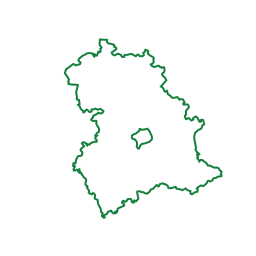 the border of Minsk, rotated 149°
{"feature_id": "BLR-2345", "entity_name": "Minsk", "entity_type": "Region", "adm_level": 1, "iso_a3": "BLR", "parent_name": "Belarus", "parent_adm1": "", "projection": "albers", "projection_center": [27.803, 53.681], "detail": "fine", "context": "isolated", "style": "outline", "palette": "green", "viewbox_px": 256, "rotation_deg": 149, "n_neighbors": 0, "source": "natural_earth", "source_scale": "10m", "svg_char_len": 5794}
<svg xmlns="http://www.w3.org/2000/svg" viewBox="0 0 256 256"><g transform="rotate(149 128 128)"><path d="M101.4,37.7L104.5,38.6L106.7,38.1L107.3,38.3L108.2,39.5L107.0,41.8L108.1,42.9L109.2,44.4L109.7,46.5L113.4,46.7L114.5,48.2L117.7,51.0L117.7,51.5L117.4,52.9L117.5,53.1L121.6,54.0L123.7,55.3L124.3,56.1L123.7,58.1L123.8,58.4L124.6,59.4L124.9,60.5L126.2,61.7L126.8,62.7L129.1,63.4L130.2,63.3L131.1,62.3L131.7,62.2L132.4,62.5L132.6,64.0L132.9,64.4L137.8,63.0L140.2,63.5L142.4,62.2L145.5,61.9L146.6,62.8L147.9,65.0L149.7,66.3L150.3,67.6L152.1,68.6L152.8,68.7L153.3,68.3L155.5,62.1L158.8,61.0L159.3,61.1L160.0,62.7L160.7,62.4L161.6,61.2L162.2,61.5L162.8,62.7L162.1,64.3L162.1,64.9L162.3,65.8L162.8,66.3L165.4,67.2L166.6,66.2L168.6,66.4L169.1,66.6L169.3,67.8L169.8,68.1L171.0,67.7L171.6,66.7L171.5,66.3L170.7,65.0L171.0,63.7L171.3,63.4L177.7,64.2L178.8,63.8L179.8,62.2L181.4,61.4L181.7,61.4L181.2,62.1L181.2,62.6L181.5,62.7L182.0,62.8L183.9,62.0L184.4,62.2L185.0,63.8L185.0,65.7L185.3,66.0L186.6,66.0L188.1,66.5L190.4,65.1L193.2,65.7L193.9,65.1L194.0,63.4L194.8,63.5L195.3,64.1L195.6,66.0L193.5,68.4L194.2,69.6L194.3,70.2L193.1,72.3L192.7,78.0L192.4,79.3L191.0,81.9L192.7,84.1L192.7,84.7L192.4,85.4L190.9,87.0L190.7,89.0L191.3,90.1L191.8,90.2L193.1,89.8L193.3,90.6L194.5,91.1L194.7,92.3L195.0,92.8L193.7,94.1L193.8,98.2L192.9,98.8L192.7,99.3L193.5,100.5L193.6,101.5L192.0,103.6L190.8,104.6L190.4,105.7L190.4,106.4L191.1,107.8L191.3,108.8L191.3,111.5L191.6,112.1L191.2,113.1L191.2,113.5L192.4,114.3L191.3,116.0L191.7,116.3L192.9,115.7L193.1,116.0L192.9,116.8L191.5,117.8L192.9,118.1L193.5,118.7L194.9,118.6L195.5,119.2L196.4,119.5L196.2,120.1L195.3,121.3L193.4,122.2L193.2,122.6L193.4,123.1L194.5,123.6L194.5,124.1L193.5,124.7L193.1,125.8L192.8,125.9L192.3,125.8L191.6,125.0L190.9,125.0L188.8,127.6L185.7,129.4L184.4,129.4L183.6,128.7L182.1,128.3L181.3,128.7L179.7,130.5L179.6,131.3L180.2,132.9L179.6,134.0L179.1,134.3L175.1,134.9L175.2,137.1L175.5,138.5L175.2,138.8L173.5,138.8L173.0,138.4L171.7,136.1L172.2,134.6L171.9,134.0L170.8,134.8L169.8,133.7L169.0,133.7L168.0,134.3L164.4,133.6L162.2,132.5L161.7,132.5L161.1,133.4L161.5,135.4L161.3,136.2L160.7,136.7L158.9,137.3L160.0,137.8L160.1,138.2L158.3,139.0L157.5,139.7L155.2,139.6L153.9,141.0L153.1,142.6L153.2,145.2L153.0,147.7L152.8,148.4L151.7,149.6L151.5,150.3L152.0,150.9L154.4,152.0L155.3,153.7L155.1,154.4L152.4,155.1L151.8,156.2L151.4,156.3L146.7,156.0L145.7,156.5L144.2,154.7L142.9,154.1L141.7,154.3L140.4,155.1L141.6,158.4L144.5,159.4L146.1,161.5L147.9,161.7L149.8,162.6L150.7,161.0L152.3,161.1L153.0,162.2L153.4,164.1L154.0,165.1L155.6,164.9L156.9,164.1L157.9,164.1L158.2,164.4L157.6,165.5L158.7,168.5L158.2,171.5L158.9,173.5L157.1,173.5L156.3,175.7L155.5,177.1L155.7,177.5L157.0,178.5L156.9,179.5L155.4,181.4L154.7,184.0L153.7,185.7L148.9,190.6L149.8,191.6L153.9,194.2L156.3,196.4L155.5,197.3L155.7,197.9L155.6,198.2L153.7,199.7L153.5,203.2L153.9,206.6L153.8,207.5L151.1,210.1L142.0,211.0L141.7,210.9L140.4,208.5L136.4,207.5L135.7,207.8L135.0,208.5L135.0,208.9L135.5,210.1L135.6,211.6L134.4,212.6L129.3,213.3L127.9,213.0L124.6,213.1L122.0,211.8L120.5,210.6L120.2,209.9L120.3,207.0L120.2,206.6L119.3,206.8L118.7,208.3L117.5,206.2L117.3,206.1L114.0,208.7L113.4,207.6L112.3,207.6L111.7,208.1L111.0,210.1L109.3,210.4L109.2,210.6L109.2,211.8L109.6,213.4L109.2,214.5L106.5,218.3L100.6,214.4L101.7,212.5L101.7,211.9L101.4,210.9L97.8,207.4L97.0,206.1L97.8,205.3L98.0,204.7L96.9,203.3L97.2,201.9L97.5,201.6L103.1,201.1L103.3,200.1L103.3,199.1L102.4,197.4L101.9,197.1L99.7,197.1L98.0,196.6L96.3,194.1L96.3,193.5L96.6,192.8L96.5,192.1L95.0,191.0L94.6,191.0L93.8,192.1L93.3,192.3L91.4,191.3L86.8,189.7L84.5,185.6L84.0,185.5L82.7,186.0L81.5,185.7L81.2,185.3L81.1,184.1L80.8,183.4L78.5,182.1L76.8,182.4L76.1,184.6L74.3,184.7L72.8,186.1L72.4,185.8L71.1,183.7L71.2,183.2L72.4,182.2L72.6,181.7L72.0,179.3L70.3,176.3L69.9,175.5L69.8,174.7L70.9,173.8L71.6,172.0L72.3,171.0L73.4,170.6L75.6,170.8L75.8,170.7L75.8,169.8L75.1,168.1L73.7,166.5L70.4,166.0L69.7,165.7L69.4,165.2L69.2,164.0L68.4,163.3L68.2,162.2L66.6,162.1L65.9,161.6L65.8,161.1L67.0,158.6L67.9,157.6L68.6,157.1L70.5,157.1L71.2,156.5L71.3,154.4L70.3,152.3L70.5,149.2L78.4,146.6L77.7,145.4L77.4,144.0L77.7,140.9L77.6,140.1L77.2,139.8L75.5,139.8L75.6,138.6L76.2,137.4L76.4,136.4L75.1,133.8L74.8,131.8L74.4,131.0L72.7,130.1L69.9,129.1L69.5,128.3L69.4,125.9L67.7,125.5L66.4,124.4L66.1,123.8L66.3,121.1L66.5,120.8L67.8,120.7L68.4,119.5L65.4,117.9L64.7,117.3L64.6,116.9L64.8,115.1L65.1,114.4L69.5,112.8L70.2,111.9L71.2,109.7L73.0,109.1L73.5,108.1L73.7,105.9L73.5,105.5L71.1,105.4L70.5,104.6L70.1,102.4L69.8,101.8L67.7,101.6L67.5,101.8L67.4,102.7L67.0,102.9L64.2,103.1L63.4,101.9L63.2,101.0L63.4,98.1L63.6,96.7L62.3,95.9L62.0,96.1L61.5,97.3L61.2,97.3L59.8,96.6L59.6,96.4L59.6,95.9L60.0,94.3L60.9,91.9L62.8,92.0L65.3,89.9L66.0,89.7L68.5,90.1L72.9,89.3L75.5,86.8L76.8,84.4L79.8,76.2L81.3,74.6L81.4,72.2L80.7,70.7L80.4,68.7L80.7,68.6L82.5,69.7L82.8,69.1L83.0,66.9L84.1,66.7L84.3,66.1L83.9,64.6L84.1,62.7L82.3,63.2L80.9,62.4L80.6,62.0L80.4,61.0L78.9,57.6L78.8,57.1L79.0,55.7L78.8,54.6L77.3,53.8L74.4,49.4L72.8,48.8L71.3,47.3L71.0,46.7L71.1,44.3L70.3,42.3L72.1,40.8L72.3,40.5L72.1,39.7L72.3,39.1L73.0,38.6L75.7,39.9L78.9,40.0L80.3,40.8L81.3,40.7L82.2,39.7L84.6,39.7L85.3,40.0L86.1,41.3L86.6,41.5L87.5,41.2L89.1,40.1L93.1,39.4L93.8,39.7L94.7,41.0L96.5,41.3L100.1,40.9L100.3,40.5L100.0,38.9L101.4,37.7ZM127.0,119.7L128.7,119.4L129.8,117.7L129.4,116.0L128.1,114.9L127.6,112.7L127.8,111.0L128.9,108.9L130.1,107.6L130.0,105.2L128.9,104.8L126.7,106.5L125.1,107.1L124.1,107.1L120.8,105.9L116.6,105.2L114.1,105.7L112.8,106.5L111.9,108.7L111.3,113.5L111.3,115.6L111.8,117.4L113.4,117.8L117.1,119.3L117.8,120.7L118.7,121.1L119.8,119.7L124.1,119.2L127.0,119.7Z" fill="none" stroke="#15803d" stroke-width="2"/></g></svg>